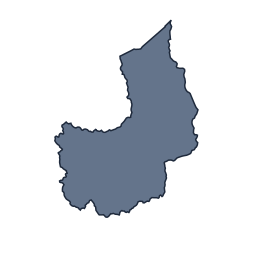 outline of Kuala Kangsar, Perak, Malaysia, rotated 153°
{"feature_id": "92858781B74262532069256", "entity_name": "Kuala Kangsar", "entity_type": "district", "adm_level": 2, "iso_a3": "MYS", "parent_name": "Malaysia", "parent_adm1": "Perak", "projection": "robinson", "projection_center": [101.145, 4.799], "detail": "fine", "context": "isolated", "style": "filled", "palette": "slate", "viewbox_px": 256, "rotation_deg": 153, "n_neighbors": 0, "source": "geoboundaries", "source_scale": "gbopen_adm2", "svg_char_len": 5350}
<svg xmlns="http://www.w3.org/2000/svg" viewBox="0 0 256 256"><g transform="rotate(153 128 128)"><path d="M74.0,81.3L72.5,83.4L73.0,84.7L73.1,86.1L72.8,87.2L71.5,87.9L70.1,89.0L69.4,90.1L70.3,91.1L71.7,91.8L71.9,94.0L71.3,95.0L70.3,96.7L69.2,97.9L69.2,98.8L69.3,100.0L69.2,101.9L68.7,103.6L67.7,105.2L66.3,106.5L64.2,106.7L63.0,108.0L60.4,109.4L57.4,112.4L58.0,115.2L58.0,116.7L57.9,118.7L57.7,121.6L57.0,130.5L57.7,132.2L58.6,133.2L59.0,135.1L59.0,136.8L58.8,138.5L57.9,140.6L56.2,142.7L55.5,144.6L55.0,146.0L54.8,148.2L54.0,150.4L53.0,151.4L51.6,152.9L51.0,154.6L51.9,156.3L53.8,157.2L54.9,157.7L56.0,158.7L57.0,159.5L57.0,160.8L55.8,161.9L55.0,163.0L55.3,164.9L57.1,167.1L57.8,169.8L58.3,171.3L58.0,172.6L57.2,175.2L56.8,176.7L55.5,177.7L55.5,179.2L55.1,181.5L54.0,182.2L53.2,183.5L53.0,185.0L53.0,186.4L52.5,187.6L51.0,188.1L49.8,187.8L49.5,188.9L48.9,190.3L48.3,191.9L47.7,193.4L47.0,194.8L46.4,195.7L45.1,196.5L44.1,197.5L43.1,198.6L43.0,200.5L43.1,201.8L42.3,203.0L40.5,204.5L48.8,201.9L48.9,201.3L69.1,196.2L78.3,193.9L80.7,192.7L82.7,193.3L83.7,193.8L85.4,194.5L86.8,195.6L91.0,195.5L102.6,195.6L103.0,194.5L103.2,194.0L103.6,193.1L103.6,191.5L104.0,189.3L104.0,188.0L104.6,186.9L105.7,186.1L106.7,185.6L107.6,184.7L108.0,183.5L107.8,182.0L107.3,180.7L107.9,179.6L108.3,179.1L108.7,178.5L107.5,177.8L107.4,176.5L107.8,174.7L107.7,173.2L107.4,172.2L107.1,171.1L107.4,170.1L107.9,169.3L108.9,168.8L109.3,165.5L109.4,164.3L110.5,163.0L111.3,161.8L111.3,160.6L111.5,158.8L112.1,157.5L112.9,156.6L114.1,156.3L114.9,156.0L114.8,154.4L114.0,153.9L113.1,153.2L112.9,151.9L112.8,150.6L113.4,149.3L113.5,148.2L114.0,146.8L114.9,145.6L115.9,144.4L116.7,143.4L117.2,142.2L117.3,141.2L117.5,140.0L119.0,138.7L119.5,138.1L120.3,137.3L120.7,136.4L121.7,136.5L123.1,137.5L124.9,137.6L126.0,137.0L127.1,136.4L128.1,135.8L129.4,135.3L130.3,135.0L131.2,134.7L132.1,134.4L133.4,132.8L134.8,132.5L137.3,133.1L138.2,133.0L139.6,132.7L141.2,133.0L143.3,133.2L144.5,133.4L145.2,134.7L146.1,134.7L147.0,134.4L148.7,134.5L150.3,134.5L151.5,135.1L152.3,136.2L152.7,138.0L154.2,137.9L154.7,137.9L155.4,138.3L156.0,138.8L156.6,139.4L157.1,140.0L157.1,140.9L157.6,141.5L158.7,141.1L159.3,141.1L160.1,140.9L160.7,140.3L161.8,140.5L162.6,141.3L162.9,142.1L163.6,142.3L164.2,142.7L164.7,144.0L164.9,144.8L165.7,145.7L166.1,146.2L167.1,146.7L168.3,146.9L169.2,146.5L169.9,146.9L170.2,148.0L170.4,149.6L170.9,150.7L171.7,151.3L172.6,151.7L173.6,151.7L174.4,151.7L174.9,152.2L175.4,152.6L175.9,153.3L176.5,154.5L176.8,155.9L176.9,157.5L176.7,158.1L177.8,158.5L178.6,158.5L179.2,158.9L180.1,160.3L180.4,161.4L184.0,160.5L185.4,160.5L186.1,159.6L186.2,158.4L186.0,157.7L186.0,156.7L186.3,156.2L186.8,155.8L187.4,155.3L187.4,154.8L187.2,154.1L187.6,153.2L188.0,152.2L188.6,152.1L189.0,152.3L189.4,152.8L190.2,153.8L191.0,153.8L191.5,153.7L192.0,153.4L192.5,153.0L193.2,152.1L193.7,151.5L194.4,151.6L195.1,152.7L195.7,153.4L196.5,153.2L197.2,153.0L197.4,151.9L198.2,150.7L199.0,149.8L198.9,149.3L198.9,148.6L198.7,147.1L198.5,146.3L197.8,144.6L197.3,144.0L197.2,143.2L197.5,142.1L197.1,141.3L196.8,140.6L196.5,139.8L196.1,138.9L196.5,138.4L197.6,138.3L198.5,138.1L199.2,137.7L199.8,137.7L200.9,137.7L201.5,137.5L201.5,136.4L201.3,135.4L201.4,134.6L201.5,133.9L202.2,133.1L202.6,132.1L203.0,130.9L203.8,129.8L204.6,128.3L205.8,124.1L205.3,123.5L204.5,122.5L204.2,121.2L203.8,120.4L202.3,117.9L202.7,117.2L202.6,116.2L202.8,115.3L204.1,115.5L204.6,115.3L204.9,114.6L204.9,113.5L205.1,112.7L205.8,112.5L206.6,112.8L207.9,113.0L208.7,112.5L209.6,111.5L210.6,111.4L211.5,111.9L213.0,111.9L213.4,110.8L212.8,110.0L211.9,109.5L211.2,108.6L211.0,107.9L210.8,106.6L211.8,105.8L212.1,105.7L213.1,104.9L214.2,103.3L214.6,102.5L215.1,101.4L214.5,100.1L214.6,98.7L215.3,97.4L215.5,96.1L215.4,94.4L215.2,92.8L214.5,91.4L213.7,90.1L213.2,89.0L213.2,87.8L213.9,87.2L214.0,85.9L213.5,84.8L213.3,84.2L212.3,83.1L211.2,82.7L210.7,82.0L210.1,80.9L209.5,80.5L208.4,79.2L208.4,78.0L207.7,76.5L206.6,77.3L205.5,77.4L203.7,76.7L203.3,76.1L201.5,77.3L201.2,78.6L199.8,78.9L198.5,79.5L196.9,79.3L196.2,80.0L195.1,80.8L193.5,80.6L193.1,78.7L192.8,77.5L192.6,75.8L192.8,74.9L193.3,74.0L192.7,72.7L193.0,71.5L193.9,69.2L193.7,67.4L193.5,66.0L193.4,65.0L193.1,63.7L192.0,63.1L191.4,62.8L190.4,62.3L189.3,61.9L188.7,60.6L188.4,59.0L187.2,58.0L185.8,58.0L184.6,58.4L182.3,59.5L181.6,58.9L179.9,58.6L178.5,57.0L176.5,55.7L175.3,54.5L174.7,55.0L173.7,56.4L172.2,57.1L170.9,57.2L170.4,56.4L168.9,55.6L168.7,54.5L167.9,53.6L166.4,53.5L165.6,52.3L164.7,52.8L163.5,54.1L162.4,54.0L161.2,54.6L160.2,54.3L158.5,55.1L157.1,55.2L155.6,55.4L154.3,56.1L152.6,57.6L151.1,57.5L149.7,56.8L148.3,55.9L148.5,54.5L147.5,53.9L145.4,54.1L144.1,54.1L142.7,53.1L141.8,53.5L140.6,54.7L138.4,55.2L136.0,53.8L134.3,53.0L132.8,51.7L131.9,51.9L130.6,53.4L129.3,53.4L128.8,51.5L127.8,51.7L126.5,52.8L125.3,53.6L124.2,54.3L123.6,56.1L122.7,58.4L121.5,59.5L120.7,60.7L120.1,62.5L118.9,63.8L117.7,64.8L116.4,66.0L116.1,67.5L115.2,68.6L114.8,70.8L114.7,72.6L114.1,73.9L113.0,75.2L112.7,76.8L112.1,78.3L111.5,80.6L110.3,81.1L108.8,80.8L107.6,80.9L106.6,81.0L104.6,80.1L103.6,79.4L102.6,78.1L101.2,77.9L99.6,78.5L97.7,79.1L96.2,78.9L94.1,78.6L92.3,78.3L90.4,77.8L88.1,77.1L85.9,76.9L83.8,76.9L82.2,78.1L81.4,79.0L78.8,78.6L77.5,79.4L76.7,80.0L76.1,79.9L75.1,80.4L74.7,80.9L74.0,81.3Z" fill="#64748b" stroke="#1e293b" stroke-width="1.5"/></g></svg>